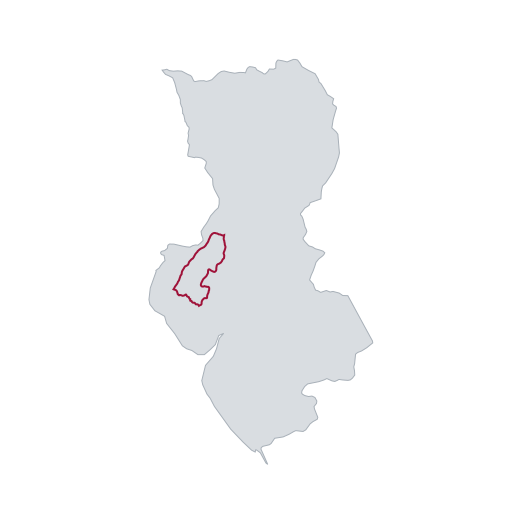 location of X-2 Torani/Bulletwood, Upper Demerara-Berbice, Guyana, rotated 193°
{"feature_id": "73187651B8767068866486", "entity_name": "X-2 Torani/Bulletwood", "entity_type": "district", "adm_level": 2, "iso_a3": "GUY", "parent_name": "Guyana", "parent_adm1": "Upper Demerara-Berbice", "projection": "orthographic", "projection_center": [-58.026, 5.32], "detail": "fine", "context": "in_parent", "style": "outline", "palette": "rose", "viewbox_px": 512, "rotation_deg": 193, "n_neighbors": 0, "source": "geoboundaries", "source_scale": "gbopen_adm2", "svg_char_len": 8019}
<svg xmlns="http://www.w3.org/2000/svg" viewBox="0 0 512 512"><g transform="rotate(193 256 256)"><path d="M157.6,238.0L146.2,225.1L134.7,212.1L123.4,199.4L122.7,197.6L127.4,191.6L131.7,187.3L135.3,184.8L136.9,182.7L135.7,173.3L135.8,170.0L134.2,166.3L133.0,162.2L134.5,158.8L136.2,156.5L138.4,155.5L143.7,154.7L147.4,154.4L148.8,153.1L151.0,151.5L153.8,151.4L159.4,152.5L161.9,150.5L166.5,147.7L176.9,143.0L179.2,139.8L180.9,135.0L180.7,132.7L179.7,131.8L177.1,131.0L173.2,130.9L170.0,132.1L166.8,131.4L164.1,128.4L163.9,125.9L165.6,122.4L164.6,120.1L159.5,112.7L159.6,110.7L163.3,107.4L165.5,104.6L168.4,97.8L170.7,95.6L177.9,94.8L179.8,93.4L183.5,89.9L188.9,85.8L196.8,82.6L199.1,76.7L200.5,75.1L206.7,72.0L207.8,70.3L207.7,68.9L197.7,55.6L199.7,56.5L207.5,65.2L211.8,67.1L212.7,67.1L212.7,64.8L216.6,65.8L226.8,71.8L241.7,81.6L262.7,100.1L268.7,107.1L272.7,110.4L278.9,118.5L280.8,122.4L280.6,138.1L275.0,148.7L273.6,156.7L273.3,167.3L270.1,173.4L274.4,170.1L275.7,160.5L279.4,154.7L284.1,148.3L290.4,146.8L297.2,149.5L302.7,150.0L307.5,151.9L317.8,162.1L327.9,170.2L331.5,176.7L342.2,179.9L348.5,185.0L350.5,189.4L351.8,201.0L349.8,218.5L350.3,219.4L347.5,222.8L346.9,225.0L345.1,228.9L343.6,231.0L345.7,235.9L348.2,236.1L349.1,236.7L349.7,237.6L349.5,238.7L348.6,239.6L346.3,240.7L344.1,243.5L344.3,246.6L343.0,248.2L338.6,249.1L329.9,249.1L325.7,249.3L322.3,249.8L320.1,251.8L317.3,253.2L315.0,253.5L313.1,255.9L311.1,259.1L311.8,261.4L313.8,264.4L315.0,267.5L313.4,272.4L311.7,276.3L310.7,279.2L309.3,284.8L306.0,291.0L303.6,294.5L303.6,298.4L304.8,303.8L311.6,311.7L313.9,315.5L315.7,321.6L321.8,326.4L325.7,330.2L325.3,335.3L325.8,336.9L328.2,338.2L331.1,339.2L334.4,339.1L337.2,338.7L337.9,338.0L344.5,337.9L345.3,339.1L345.7,346.5L345.9,349.5L347.5,350.7L348.5,352.5L348.5,354.1L348.8,358.3L349.8,360.4L349.7,364.8L350.3,366.4L352.2,367.5L354.5,370.7L355.4,371.0L355.8,372.2L357.8,376.6L358.8,378.0L359.5,378.2L359.8,379.7L361.3,383.9L362.2,384.9L364.1,388.0L364.9,391.4L367.3,395.1L369.8,397.8L371.0,400.5L374.2,406.6L377.3,410.9L381.5,412.0L385.0,412.6L387.2,414.2L389.3,416.0L387.0,416.8L384.9,417.9L382.1,417.1L378.1,417.5L373.9,418.8L370.0,419.4L362.8,417.5L360.6,417.2L359.1,416.4L356.1,412.6L354.7,412.2L350.8,413.9L346.1,415.1L343.8,414.9L341.1,416.2L338.6,417.9L333.9,425.3L331.4,427.9L328.7,429.1L323.4,429.0L317.8,429.3L313.5,431.1L309.5,432.0L307.5,432.1L306.9,436.1L306.0,438.0L304.7,439.1L301.6,439.4L298.8,439.3L297.2,437.6L294.0,436.7L291.3,436.1L289.5,435.2L288.0,435.4L286.8,437.1L285.9,438.5L285.0,441.2L280.8,442.0L279.0,443.5L280.0,448.5L279.6,450.4L278.7,451.9L273.6,452.2L269.3,452.1L266.8,453.9L263.7,456.0L261.8,456.4L259.6,456.3L256.6,453.8L253.8,450.8L246.6,448.6L239.4,446.9L234.8,442.0L233.7,439.7L231.5,438.6L225.9,432.9L222.8,429.2L219.5,428.2L215.7,426.7L215.9,424.0L215.6,421.4L214.0,420.4L211.7,419.7L210.8,418.2L211.1,414.9L211.5,406.2L210.9,397.9L205.8,395.0L203.6,393.0L199.7,380.7L197.9,375.2L197.8,371.1L199.1,358.8L200.6,353.5L204.6,342.9L206.9,339.3L207.0,336.6L206.8,333.1L205.6,326.3L212.3,322.0L215.2,320.2L215.7,317.3L219.3,313.6L220.8,310.2L222.2,307.4L221.8,306.0L220.3,305.1L218.4,302.5L214.6,295.0L213.2,293.5L212.0,291.4L212.6,288.1L214.1,284.5L213.9,283.0L211.6,281.0L206.9,277.8L202.9,277.5L199.9,276.4L195.4,276.2L191.8,275.8L189.7,274.6L190.2,272.6L191.1,271.1L194.1,267.4L196.1,263.3L196.4,259.4L197.0,254.2L197.9,249.7L198.4,244.7L193.7,241.3L192.2,238.6L190.2,236.1L188.1,236.1L184.8,235.1L179.7,238.2L175.7,237.6L173.0,238.8L166.6,238.6L162.6,237.0L157.6,238.0Z" fill="#d9dde1" stroke="#a8b0b8" stroke-width="1"/><path d="M291.7,269.2L292.2,268.8L292.7,268.6L293.2,268.6L293.7,268.5L294.1,268.6L294.6,268.7L295.2,268.8L295.8,268.9L296.5,268.8L297.1,268.7L297.6,268.9L298.1,269.0L298.7,269.2L299.2,269.2L300.0,269.1L300.6,269.2L301.1,269.2L301.7,269.1L302.2,268.9L302.7,268.6L303.1,268.2L303.7,267.7L303.8,267.3L304.1,266.8L304.4,266.3L304.7,265.8L304.8,265.2L305.0,264.5L305.1,263.8L305.2,263.2L305.3,262.7L305.5,262.0L305.6,261.4L305.7,260.8L305.7,260.2L305.8,259.7L305.9,259.2L306.2,258.1L306.5,257.6L306.7,257.0L307.0,256.3L307.2,255.6L307.5,254.7L307.8,254.3L308.2,253.7L308.4,253.3L308.7,252.9L309.2,252.5L309.7,252.1L310.2,251.7L310.7,251.3L311.1,251.0L311.6,250.6L312.0,250.1L312.6,249.5L312.9,249.0L313.3,248.5L313.6,248.0L314.0,247.5L314.0,247.0L314.2,246.6L314.6,246.1L314.8,245.7L315.1,245.0L315.4,244.5L315.6,244.0L315.7,243.5L315.9,242.8L316.1,242.2L316.3,241.3L316.5,240.6L316.7,240.2L316.9,239.5L317.3,239.0L317.8,238.6L318.2,238.1L318.6,237.4L319.0,236.7L319.4,236.1L319.7,235.4L319.9,235.0L320.0,233.8L320.1,233.0L320.2,232.6L320.4,232.0L320.8,231.6L321.2,231.2L321.6,230.8L322.0,230.5L322.4,230.2L322.8,229.9L323.0,229.4L323.3,228.6L323.5,227.8L323.7,227.2L323.9,226.5L324.2,225.9L324.3,225.3L324.5,224.8L324.6,224.2L324.6,223.6L324.6,223.1L324.5,222.6L324.5,222.1L324.4,221.6L324.6,220.9L324.9,220.4L325.1,219.9L325.2,219.2L325.2,218.4L325.3,217.8L325.4,217.1L325.4,216.5L325.5,215.9L325.5,215.3L325.6,214.8L325.8,214.3L326.0,213.8L326.2,213.4L326.3,212.8L326.4,212.1L326.5,211.5L326.8,210.8L327.0,210.3L327.2,209.8L327.5,209.2L327.8,208.5L328.1,207.8L328.2,207.2L328.4,206.4L328.7,205.6L328.9,205.0L328.3,204.9L327.8,204.9L327.3,204.8L326.8,204.8L326.3,204.7L325.9,204.4L325.4,204.1L324.9,203.6L324.7,203.1L324.4,202.7L324.2,202.2L323.8,201.8L323.7,201.3L323.1,200.9L322.6,200.6L322.1,200.4L321.7,200.8L321.1,200.9L320.5,201.0L319.9,200.9L319.2,200.8L318.6,200.7L318.1,200.9L317.6,201.1L317.1,201.4L316.7,201.7L316.4,202.0L316.1,202.4L315.6,202.7L315.2,202.5L314.9,202.0L314.4,201.5L314.0,201.1L313.4,201.0L313.0,200.9L312.4,200.9L312.0,200.6L311.7,200.0L311.4,199.5L310.9,199.3L310.4,199.2L310.3,198.7L310.2,198.0L309.9,197.6L309.4,197.6L309.0,197.7L308.5,197.5L308.2,197.0L307.9,196.7L307.3,196.4L306.7,196.3L306.2,196.5L305.7,196.6L305.1,196.5L304.6,196.1L304.2,195.7L303.7,195.4L303.2,195.5L302.5,195.7L301.9,195.7L301.5,195.6L301.1,195.3L300.7,194.9L300.4,194.6L300.1,195.0L299.7,195.3L299.2,195.6L298.7,196.0L298.4,196.5L298.3,197.1L298.4,197.7L298.5,198.3L298.6,198.8L298.6,199.3L298.5,200.1L298.4,200.7L298.2,201.2L297.9,201.7L297.6,202.2L297.3,202.7L297.0,203.1L296.3,203.5L295.7,203.6L295.2,203.6L294.5,203.9L294.3,204.3L294.4,204.9L294.5,205.5L294.6,206.1L294.6,206.8L294.6,207.3L294.5,207.8L294.4,208.4L294.3,208.9L294.1,209.5L294.1,210.1L294.1,210.6L294.3,211.1L294.1,211.7L294.0,212.3L294.1,212.7L294.2,213.3L294.3,213.9L294.5,214.5L294.9,214.9L295.3,215.2L295.9,215.2L296.3,215.0L296.8,214.9L297.3,215.0L297.8,215.0L298.3,214.9L298.7,214.9L299.3,215.1L299.8,214.8L300.4,214.4L301.0,214.2L301.6,214.2L302.1,214.2L302.6,214.5L303.0,214.9L303.2,215.3L303.3,215.8L303.3,216.5L303.2,217.0L303.2,217.5L303.1,218.2L302.8,218.9L302.7,219.7L302.6,220.3L302.4,220.8L302.2,221.5L301.9,222.2L301.4,222.8L301.0,223.4L300.6,224.1L300.3,224.5L299.9,225.0L299.8,225.5L299.6,226.2L299.4,226.7L299.3,227.2L299.2,227.6L299.0,228.2L299.0,228.7L299.1,229.3L299.2,229.9L299.3,230.6L299.4,231.0L299.4,231.6L299.2,232.1L298.8,232.4L298.3,232.5L297.8,232.3L297.2,232.0L296.7,231.8L295.9,231.6L295.3,231.4L294.7,231.3L294.1,231.2L293.5,231.1L293.1,231.1L292.5,231.4L292.2,231.7L291.9,232.2L291.7,232.6L291.6,233.2L291.6,233.7L291.7,234.3L291.9,235.0L292.0,235.7L292.0,236.4L292.1,237.2L292.1,238.0L291.9,238.7L291.5,239.3L291.0,239.7L290.6,240.0L290.2,240.2L289.7,240.7L289.2,241.3L288.7,241.8L288.5,242.3L288.3,242.9L288.0,243.5L287.9,244.1L287.8,244.8L287.6,245.3L287.2,245.9L286.8,246.4L286.7,246.9L286.8,247.4L286.8,247.9L286.9,248.5L287.0,249.2L287.2,249.7L287.5,250.2L287.8,250.6L288.1,251.1L288.2,251.7L288.2,252.2L288.1,252.8L288.0,253.4L287.9,254.1L287.8,254.7L287.8,255.2L287.7,255.9L287.7,256.6L287.7,257.5L287.8,258.0L288.0,258.5L288.3,259.0L288.6,259.4L288.9,260.0L289.2,260.7L289.3,261.2L289.5,261.7L289.8,262.2L290.0,262.7L290.2,263.2L290.4,263.8L290.7,264.1L291.0,264.6L291.2,265.1L291.4,265.6L291.5,266.3L291.5,266.9L291.7,267.4L291.7,268.1L291.6,268.6L291.7,269.2Z" fill="none" stroke="#9f1239" stroke-width="2"/></g></svg>